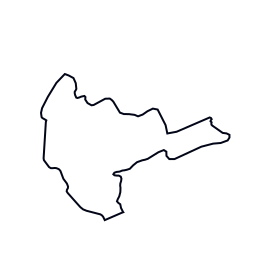 an SVG outline of Sokoto, rotated 246°
{"feature_id": "NGA-2871", "entity_name": "Sokoto", "entity_type": "State", "adm_level": 1, "iso_a3": "NGA", "parent_name": "Nigeria", "parent_adm1": "", "projection": "equal_earth", "projection_center": [5.256, 12.709], "detail": "fine", "context": "isolated", "style": "outline", "palette": "ink", "viewbox_px": 256, "rotation_deg": 246, "n_neighbors": 0, "source": "natural_earth", "source_scale": "10m", "svg_char_len": 1625}
<svg xmlns="http://www.w3.org/2000/svg" viewBox="0 0 256 256"><g transform="rotate(246 128 128)"><path d="M132.8,38.1L134.7,38.6L150.8,47.0L166.9,55.4L167.4,55.8L167.8,56.2L168.2,56.5L168.7,56.2L172.0,53.8L173.1,53.5L176.2,54.4L177.2,54.7L181.1,57.6L189.1,67.5L198.4,81.0L203.0,92.2L200.2,95.1L195.8,98.5L190.2,98.5L184.7,96.7L183.7,95.5L182.8,94.1L181.8,93.6L180.7,93.3L179.5,93.1L176.8,93.1L176.0,94.0L175.7,96.0L175.7,98.0L175.0,101.2L173.6,101.7L171.4,100.5L167.2,101.2L163.6,103.9L163.0,106.0L164.0,119.1L162.3,123.3L160.3,124.5L158.1,125.3L145.3,126.9L142.4,129.9L140.3,134.5L137.3,139.4L134.6,141.9L134.3,146.9L135.4,152.6L135.6,158.6L132.8,162.6L115.3,163.5L107.0,161.7L104.8,170.9L104.4,206.9L103.3,207.9L102.0,208.0L101.4,206.8L100.5,206.1L99.9,206.4L99.2,206.7L98.3,206.0L97.1,205.6L95.9,206.0L85.0,212.5L83.0,215.8L80.5,217.9L78.0,216.8L76.1,214.0L76.6,206.6L79.1,199.4L81.1,187.4L80.7,157.9L82.8,153.1L86.9,151.8L90.8,153.4L93.3,151.7L93.5,145.9L91.8,133.5L92.1,130.6L92.7,127.8L93.1,122.3L91.8,117.5L90.0,113.1L90.3,110.1L90.9,107.1L91.3,106.1L91.5,104.9L91.5,103.5L91.7,102.1L92.5,99.8L92.7,97.4L91.7,95.8L90.3,96.4L89.2,98.2L88.3,100.2L86.5,101.6L84.4,101.4L82.3,100.1L80.4,98.4L78.5,97.4L76.4,96.8L72.5,94.9L69.0,92.1L67.3,89.9L65.5,88.1L63.5,88.7L61.5,89.9L57.8,89.1L53.4,89.3L53.0,89.4L53.1,87.7L53.3,69.3L57.0,69.2L58.7,68.7L60.3,67.7L69.3,56.4L71.9,53.9L75.0,52.3L81.8,50.1L93.1,46.5L95.0,46.2L96.3,47.0L97.5,48.6L98.8,49.4L102.1,49.6L107.9,48.3L116.1,48.8L118.0,48.3L118.7,47.9L120.4,46.3L121.2,45.0L122.2,42.2L122.8,41.1L124.4,40.0L132.8,38.1Z" fill="none" stroke="#020617" stroke-width="2"/></g></svg>